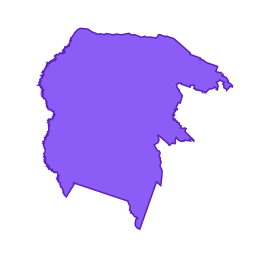 Knox, Victoria, Australia (Robinson projection), rotated 10°
{"feature_id": "25037944B93608479315967", "entity_name": "Knox", "entity_type": "district", "adm_level": 2, "iso_a3": "AUS", "parent_name": "Australia", "parent_adm1": "Victoria", "projection": "robinson", "projection_center": [145.215, -37.899], "detail": "fine", "context": "isolated", "style": "filled", "palette": "violet", "viewbox_px": 256, "rotation_deg": 10, "n_neighbors": 0, "source": "geoboundaries", "source_scale": "gbopen_adm2", "svg_char_len": 5631}
<svg xmlns="http://www.w3.org/2000/svg" viewBox="0 0 256 256"><g transform="rotate(10 128 128)"><path d="M157.2,225.5L165.4,176.1L170.2,179.0L169.7,169.2L168.9,163.8L166.0,159.7L166.5,156.2L166.3,155.1L165.4,154.0L164.7,151.4L163.0,149.5L163.9,148.6L163.9,146.8L162.7,145.3L160.9,145.0L156.6,140.2L160.1,137.1L160.6,134.3L158.8,130.1L159.9,130.3L170.2,136.4L171.6,138.0L174.3,135.2L176.8,135.4L177.3,134.4L177.1,133.3L176.4,132.4L177.1,128.8L179.2,130.9L182.4,132.0L185.6,131.1L185.7,130.3L186.5,130.1L191.6,129.9L190.7,129.2L190.6,128.4L193.2,128.3L195.0,129.5L195.1,128.7L185.2,122.0L184.7,120.7L185.0,119.4L184.7,118.9L185.2,118.4L184.0,118.1L182.1,118.8L179.7,118.8L180.1,116.7L178.4,116.2L177.5,115.1L177.6,114.2L175.1,113.9L175.3,112.9L172.4,112.2L172.8,111.4L172.2,111.6L172.2,110.9L171.9,110.8L171.8,111.7L171.1,111.8L169.9,108.0L171.3,108.0L171.2,107.3L171.5,107.2L171.4,106.6L170.3,106.5L170.4,105.6L171.6,103.6L171.5,103.0L170.5,102.3L171.4,101.7L173.1,101.7L173.4,100.6L171.8,100.4L172.0,98.7L172.6,97.2L173.0,94.1L175.1,94.4L175.9,86.7L171.9,82.7L172.0,81.8L169.6,79.9L168.1,76.6L169.5,75.5L170.2,75.5L170.3,74.6L173.1,75.0L173.0,75.6L182.1,77.0L182.0,75.3L185.6,74.4L186.2,75.1L185.9,77.6L188.2,77.9L187.9,78.4L188.5,78.6L191.5,78.7L191.5,78.4L195.4,79.0L195.1,80.8L195.6,79.0L197.9,79.3L197.8,80.0L198.2,79.9L201.5,75.1L202.0,75.4L204.3,74.6L204.9,73.8L205.8,73.7L206.0,72.7L207.4,73.0L208.6,74.0L208.2,74.6L209.4,75.0L209.5,71.5L209.2,70.1L207.2,67.9L207.2,67.4L208.6,66.7L210.2,64.7L212.0,65.6L214.9,66.2L213.7,68.3L215.0,69.2L215.1,70.8L215.7,71.8L218.1,72.6L218.6,73.8L220.3,71.3L221.0,69.6L221.4,69.2L223.6,69.5L223.6,68.3L220.6,66.3L218.1,65.3L218.6,64.1L215.9,61.2L211.6,60.3L212.5,59.1L209.7,57.1L208.5,57.6L204.7,57.1L205.6,51.8L193.7,49.9L190.1,48.0L187.2,48.1L187.5,46.6L176.1,44.7L176.4,43.4L157.6,32.0L150.0,30.9L150.0,31.3L148.3,31.4L142.9,30.5L141.8,30.9L141.2,33.0L140.3,34.3L139.6,34.5L134.4,34.5L130.9,35.4L128.7,34.7L125.4,36.4L118.6,34.9L115.3,35.8L112.5,34.6L105.2,37.4L99.9,37.5L98.4,38.5L96.1,38.8L90.8,38.7L89.6,39.1L88.7,40.2L84.1,40.0L82.6,40.9L76.1,39.7L71.3,37.6L64.4,38.0L62.8,38.7L61.0,40.2L58.8,43.9L58.4,45.5L56.6,49.0L56.0,49.3L56.7,51.3L55.9,51.0L55.6,51.7L55.7,52.1L56.5,52.0L55.7,53.3L56.2,53.9L55.5,55.3L55.7,56.2L54.8,56.2L54.7,57.2L55.4,57.5L54.6,57.8L54.4,58.4L54.1,57.7L53.4,58.3L54.0,58.5L54.1,59.6L53.7,59.0L53.3,59.5L52.3,59.4L52.5,58.9L51.8,59.0L51.8,61.1L50.7,61.8L51.3,62.2L50.9,62.7L51.7,62.7L51.7,63.2L51.1,63.3L51.8,63.7L51.6,64.1L52.1,63.9L52.7,64.6L52.1,65.0L51.6,64.5L51.2,65.2L51.1,64.4L50.7,64.5L50.8,65.2L50.3,65.1L50.4,65.5L49.5,66.4L48.0,65.8L46.5,68.0L45.3,67.9L44.9,68.6L44.5,68.3L43.1,70.0L45.2,71.9L44.8,72.0L44.8,73.5L44.0,72.4L43.5,73.0L43.2,72.8L41.8,74.3L42.8,74.6L42.3,75.5L40.6,75.4L40.9,76.1L39.5,76.4L40.0,77.7L39.0,78.0L39.3,77.3L38.8,77.2L38.5,77.6L37.7,77.6L38.3,78.0L37.1,78.4L37.6,79.1L38.0,78.9L38.0,79.5L36.4,79.6L37.4,79.9L37.0,80.5L37.6,80.6L36.6,81.2L36.6,81.5L37.4,81.5L36.3,82.7L36.2,83.4L37.2,83.1L35.8,84.0L35.9,85.3L34.8,86.3L35.4,86.3L35.1,86.7L35.3,87.5L34.1,87.5L33.8,88.3L35.1,88.9L35.1,90.2L35.6,90.3L34.7,91.0L35.4,90.9L35.5,91.5L34.0,91.1L34.2,91.8L33.5,91.8L34.1,92.3L34.5,92.2L34.1,93.1L34.6,93.6L32.8,95.3L33.1,96.3L33.7,96.5L33.1,96.9L33.2,97.5L32.4,98.4L33.2,98.9L33.5,98.2L33.8,98.5L33.4,100.4L32.5,100.4L32.4,100.9L32.8,101.1L32.5,101.3L34.2,101.2L34.0,101.9L34.9,102.1L35.1,103.6L36.1,103.7L36.4,103.1L36.9,104.3L37.9,104.8L37.1,105.3L37.9,105.7L37.3,106.1L37.5,106.4L36.9,106.6L38.0,107.2L37.3,107.6L37.0,107.2L36.6,108.4L37.5,108.4L37.9,109.2L38.6,109.1L38.5,109.8L38.1,109.8L37.9,110.8L37.5,110.8L38.0,111.2L37.9,111.6L38.5,111.4L39.0,112.8L40.1,112.4L39.6,112.8L40.0,113.7L40.5,113.3L41.6,113.7L42.3,114.6L42.2,115.5L43.8,116.8L43.4,117.8L42.5,117.9L43.6,118.3L43.7,119.1L44.3,119.4L44.0,120.1L44.9,121.1L44.4,121.3L45.7,122.3L45.7,122.9L46.9,123.6L48.4,123.8L49.0,123.1L50.3,124.6L51.2,125.0L51.9,124.6L52.5,126.3L52.4,127.6L53.4,127.4L53.7,128.1L52.8,129.5L52.4,129.1L52.6,130.4L51.9,130.5L52.8,131.2L52.5,131.9L51.7,132.0L51.0,133.1L49.7,132.6L49.1,133.7L48.5,133.0L48.1,133.5L48.3,134.3L47.6,134.5L48.1,135.3L48.8,134.9L48.5,135.8L48.8,136.4L48.4,136.7L49.4,136.7L49.9,137.5L49.8,138.4L49.2,138.5L49.3,139.6L49.9,139.7L49.7,141.2L50.7,145.2L49.4,145.5L50.3,147.7L49.4,147.9L49.9,148.5L49.8,148.8L49.1,148.8L49.0,149.9L49.9,149.6L49.6,150.3L48.3,150.5L48.8,151.4L47.6,151.9L48.3,152.6L48.0,153.2L48.5,153.4L48.0,153.7L47.6,155.4L46.8,156.0L47.6,156.2L47.1,157.2L47.7,157.4L46.9,157.9L47.6,158.3L47.6,159.5L48.3,159.8L48.6,161.2L49.4,161.9L49.1,162.3L50.0,162.8L50.5,165.2L50.2,166.7L49.4,168.1L50.3,168.9L50.5,169.8L50.1,170.7L51.4,170.6L51.8,171.0L51.8,171.6L51.1,172.0L52.0,172.3L52.0,173.4L51.0,173.7L51.3,174.6L52.1,174.8L51.4,175.7L51.8,176.3L52.6,175.8L53.1,176.4L52.5,176.7L52.9,177.3L54.1,177.7L54.2,178.2L55.2,178.1L55.0,178.8L56.3,179.2L55.0,179.8L56.6,180.2L56.1,180.8L57.3,181.7L56.9,182.0L57.2,182.4L58.4,181.5L59.2,182.7L59.7,182.4L60.2,183.2L60.7,182.3L61.0,183.2L61.6,183.2L61.6,183.8L62.7,184.5L63.3,184.0L64.2,184.6L64.8,183.9L65.9,183.9L67.2,186.4L67.0,186.7L67.6,187.3L68.1,187.1L68.0,188.2L66.9,188.4L66.9,188.9L67.5,189.1L66.8,189.9L68.2,190.3L67.2,191.3L68.9,192.0L68.5,192.7L69.0,193.4L70.8,193.8L70.8,195.4L71.6,197.1L72.3,198.0L73.2,197.9L74.1,199.9L75.3,200.8L75.0,202.5L76.3,203.5L76.4,204.4L79.1,206.6L84.7,192.7L84.1,191.5L140.6,200.0L141.7,202.4L143.6,204.4L143.9,208.9L145.7,209.6L145.4,211.1L147.0,211.4L149.9,214.1L153.2,214.8L153.1,215.6L152.1,215.8L151.6,217.1L151.6,219.9L152.1,222.7L154.7,225.1L157.2,225.5Z" fill="#8b5cf6" stroke="#5b21b6" stroke-width="1.5"/></g></svg>